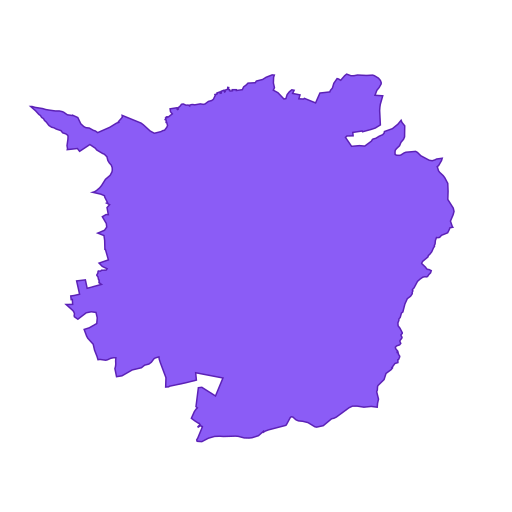 San Pedro, Sucre, Colombia, rotated 82°
{"feature_id": "7082276B2903926755243", "entity_name": "San Pedro", "entity_type": "district", "adm_level": 2, "iso_a3": "COL", "parent_name": "Colombia", "parent_adm1": "Sucre", "projection": "robinson", "projection_center": [-75.049, 9.394], "detail": "fine", "context": "isolated", "style": "filled", "palette": "violet", "viewbox_px": 512, "rotation_deg": 82, "n_neighbors": 0, "source": "geoboundaries", "source_scale": "gbopen_adm2", "svg_char_len": 5994}
<svg xmlns="http://www.w3.org/2000/svg" viewBox="0 0 512 512"><g transform="rotate(82 256 256)"><path d="M254.9,57.1L254.2,57.5L248.5,58.6L242.5,55.0L239.4,53.7L236.0,54.0L226.7,58.2L218.7,56.8L210.8,56.0L204.7,58.2L202.4,59.5L198.7,62.5L197.0,63.4L192.6,64.1L192.0,62.7L191.0,61.9L187.3,59.0L185.1,58.0L185.1,63.7L185.7,65.3L186.2,68.2L185.3,71.1L179.7,78.8L175.9,81.7L174.6,83.4L174.1,93.1L174.5,94.9L176.2,98.6L176.3,99.9L175.8,102.8L174.8,104.1L172.5,103.9L170.7,103.4L169.3,102.0L166.8,98.5L163.7,96.7L161.0,93.7L158.7,92.3L147.8,90.6L144.0,92.9L141.8,93.4L145.2,97.1L148.9,103.2L150.6,111.5L152.1,112.0L153.5,113.6L154.5,117.3L156.1,120.9L156.5,123.9L156.9,124.6L158.3,125.7L162.3,133.0L161.1,138.2L160.7,146.1L151.0,150.9L149.8,149.2L150.5,143.1L147.1,143.0L147.0,133.5L147.8,133.2L146.7,124.5L145.9,120.1L143.5,114.6L129.1,113.3L125.8,112.6L123.1,111.8L115.0,108.2L113.4,115.8L108.8,113.3L106.4,110.7L103.0,108.1L101.6,107.9L99.4,108.4L96.9,110.0L93.9,113.7L93.1,115.3L92.6,121.4L90.9,130.3L91.1,133.9L90.7,136.9L88.5,140.9L89.8,143.1L93.8,147.7L92.2,149.6L91.6,151.0L95.8,154.9L100.4,157.0L102.3,159.2L103.8,160.1L103.5,170.0L112.7,175.7L106.6,186.2L107.2,186.9L106.3,191.7L102.6,190.0L100.1,197.1L97.2,195.2L96.4,197.4L98.0,200.1L100.5,202.7L104.3,204.5L104.4,206.5L97.4,211.5L94.2,215.8L91.9,214.3L87.1,214.7L81.5,213.7L79.4,212.7L78.9,214.8L80.4,221.1L82.1,224.8L82.8,231.3L84.3,232.6L83.7,239.9L85.2,241.8L86.8,244.7L89.4,246.4L89.4,252.4L88.6,252.3L88.0,256.4L89.1,256.4L89.1,258.2L88.7,259.2L87.6,259.0L87.2,260.2L85.4,259.6L85.1,260.5L86.9,260.9L87.6,264.1L88.9,263.6L89.2,264.2L87.4,264.8L88.0,267.5L89.8,267.7L89.9,268.8L88.5,269.0L89.1,271.9L89.8,271.8L90.1,272.7L90.4,272.6L90.6,273.6L90.4,273.6L90.4,274.2L91.3,274.0L94.9,276.4L95.9,278.3L96.3,281.6L98.4,285.4L98.5,287.1L97.6,290.0L97.8,295.7L97.2,297.5L97.1,298.9L97.4,300.8L98.1,300.9L97.1,302.1L96.9,304.4L95.4,306.7L95.3,308.1L95.5,308.8L96.9,310.1L97.7,311.5L99.4,312.9L99.8,312.7L100.1,313.2L99.6,313.6L98.9,312.7L98.2,313.3L98.3,320.6L101.2,320.6L103.6,319.1L106.1,323.4L105.7,324.8L105.8,325.3L106.5,325.1L106.6,326.3L107.4,326.3L108.3,327.0L109.0,326.0L111.1,326.4L111.1,325.9L114.4,325.4L116.1,326.4L118.8,329.1L118.8,330.6L119.6,332.8L120.3,339.6L117.5,343.4L110.4,349.3L108.4,351.3L98.1,369.0L100.0,369.1L103.9,373.6L104.6,373.3L105.0,375.6L108.2,382.9L111.8,395.6L109.8,397.7L108.9,399.6L106.1,403.3L105.2,406.7L103.9,408.5L100.7,411.1L94.1,413.2L91.0,418.1L91.3,418.4L89.9,423.2L86.8,426.5L86.0,427.9L85.0,430.6L84.5,434.3L82.7,440.6L81.7,443.8L80.3,446.8L78.1,454.0L76.8,456.9L76.6,458.3L81.5,454.1L85.6,451.3L86.9,449.9L88.9,449.0L90.4,447.3L92.3,446.6L94.2,445.0L97.9,442.9L100.0,440.5L101.0,438.1L102.4,436.3L104.7,431.7L107.1,430.3L108.6,427.3L110.3,425.6L111.5,425.5L114.2,426.0L120.4,427.8L123.4,427.7L124.4,428.1L124.7,417.9L127.8,416.1L122.5,405.0L126.9,400.1L128.8,399.0L133.1,393.7L134.1,392.0L137.0,389.8L140.8,389.4L143.4,388.3L145.8,386.7L148.5,386.1L151.2,386.4L152.8,387.0L155.8,389.2L159.1,394.4L164.7,399.1L166.8,401.4L169.1,405.1L169.9,406.9L170.2,408.8L173.2,401.0L175.2,397.7L176.6,397.6L182.5,395.6L182.8,396.6L184.8,393.8L187.3,396.8L194.5,396.5L194.1,398.7L195.7,402.7L203.0,399.7L206.6,399.8L209.4,402.4L211.3,409.5L214.6,403.7L219.5,403.7L228.4,404.7L228.5,404.2L239.3,402.7L241.2,412.4L244.9,409.7L247.9,405.2L249.0,406.2L249.1,406.7L248.6,411.0L249.4,412.1L248.9,414.2L249.4,414.6L251.0,415.0L252.6,416.3L253.1,416.3L254.6,415.4L257.5,415.2L258.1,414.6L259.1,415.0L260.1,414.7L260.6,415.2L262.6,413.0L264.5,427.7L255.9,428.3L255.7,437.1L269.3,436.0L269.8,441.5L269.8,445.0L273.5,445.1L273.5,443.9L278.4,444.3L277.6,450.8L284.6,444.9L286.0,444.2L287.9,443.8L289.8,444.4L290.9,444.3L293.8,441.2L288.6,432.0L288.3,426.9L289.6,422.3L295.1,421.8L300.7,423.1L303.9,431.1L304.8,436.4L311.7,434.9L314.1,434.0L320.7,429.5L326.7,429.0L333.4,427.4L336.7,426.9L336.7,424.9L338.3,419.3L338.1,417.5L337.1,414.1L336.9,411.2L337.3,408.9L340.3,409.6L343.5,409.9L345.8,410.5L347.9,411.4L356.1,410.9L356.0,405.4L351.6,394.4L350.7,385.0L348.6,381.5L348.1,377.1L346.6,374.4L343.5,371.3L342.9,369.8L342.4,366.2L344.7,366.2L348.2,365.6L364.0,362.1L373.2,363.7L373.4,360.7L372.9,359.7L371.8,343.6L370.6,332.3L363.2,332.0L372.2,305.7L389.0,315.6L378.5,327.9L378.4,331.4L396.8,336.4L398.2,335.2L399.4,336.8L401.5,338.7L407.7,342.6L410.6,339.7L413.8,336.0L413.7,335.7L415.2,334.8L416.9,337.2L417.4,337.0L416.3,334.6L417.2,333.2L417.4,333.4L417.8,332.9L428.2,339.0L429.8,340.3L431.1,340.2L431.4,339.7L432.3,335.5L429.8,328.5L428.9,322.2L429.4,317.0L430.2,313.4L431.5,301.4L432.1,298.7L434.5,293.0L435.3,288.2L435.4,285.2L434.3,278.6L430.7,273.1L431.5,273.1L430.7,271.3L429.9,267.7L427.9,250.4L427.6,249.6L420.7,244.5L420.1,243.4L420.6,241.9L423.7,239.3L424.6,237.9L425.2,236.8L426.2,232.7L428.2,227.7L433.3,221.5L433.9,219.8L433.4,213.0L427.7,203.8L427.5,201.4L426.7,198.9L419.2,185.0L418.1,181.4L418.7,176.8L420.7,170.2L421.0,162.8L422.6,157.0L418.7,156.1L414.8,154.6L407.2,155.4L405.6,154.5L402.2,153.8L401.2,153.2L396.2,146.4L390.4,143.6L387.4,138.1L385.9,136.5L385.5,137.0L381.8,133.4L381.3,130.3L378.5,130.0L378.3,129.2L376.0,127.8L375.2,127.6L373.2,128.6L371.7,128.6L371.3,129.6L370.6,129.6L370.1,128.8L367.2,130.6L365.7,130.7L364.6,129.3L364.0,126.2L362.7,124.8L360.5,125.4L359.8,125.2L357.6,123.0L356.8,122.7L355.1,123.4L354.1,123.3L353.1,122.0L352.4,121.8L347.5,123.5L344.9,125.0L342.0,124.8L339.7,123.5L338.4,123.3L336.8,121.7L332.7,119.9L331.8,118.3L331.2,118.1L324.2,115.2L319.3,112.1L317.3,108.5L315.1,106.5L314.0,106.5L312.3,105.5L311.7,105.9L311.1,105.8L309.5,103.9L303.6,99.6L301.6,96.6L300.2,93.8L300.0,91.7L300.4,90.1L300.2,89.0L298.5,87.5L297.0,85.5L294.9,84.5L293.5,86.5L293.1,88.0L292.3,88.9L290.8,89.6L286.5,93.0L285.6,92.6L284.5,91.7L280.9,85.9L279.4,85.2L278.7,83.9L276.3,81.4L272.6,79.1L271.3,77.9L270.2,77.9L269.0,77.0L265.6,76.2L262.8,74.7L263.2,73.3L263.1,71.6L261.3,69.4L259.7,63.0L256.5,60.8L255.1,60.1L254.9,57.1Z" fill="#8b5cf6" stroke="#5b21b6" stroke-width="1.5"/></g></svg>